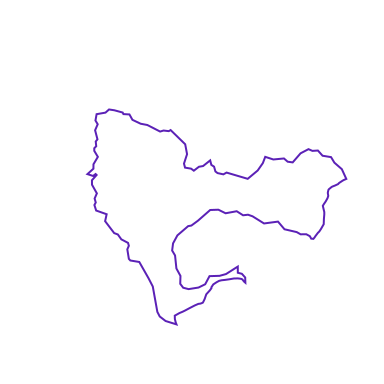 Resen, Resen, North Macedonia, rotated 310°
{"feature_id": "65306769B70601166108403", "entity_name": "Resen", "entity_type": "district", "adm_level": 2, "iso_a3": "MKD", "parent_name": "North Macedonia", "parent_adm1": "Resen", "projection": "natural_earth1", "projection_center": [21.03, 41.035], "detail": "fine", "context": "isolated", "style": "outline", "palette": "violet", "viewbox_px": 384, "rotation_deg": 310, "n_neighbors": 0, "source": "geoboundaries", "source_scale": "gbopen_adm2", "svg_char_len": 2342}
<svg xmlns="http://www.w3.org/2000/svg" viewBox="0 0 384 384"><g transform="rotate(310 192 192)"><path d="M80.6,265.2L81.6,263.4L83.7,260.5L86.2,258.3L88.8,259.3L91.2,260.2L94.3,261.8L96.8,262.9L101.3,264.7L107.0,267.1L110.4,268.8L111.8,270.1L112.6,270.6L114.1,271.4L114.9,271.3L118.1,270.5L122.8,268.7L125.6,268.8L128.2,268.9L130.8,268.7L131.5,268.1L134.9,267.7L138.6,268.8L141.4,269.9L143.4,271.4L145.9,273.8L148.9,276.5L152.8,279.8L155.3,282.7L156.3,284.2L157.2,285.8L157.4,286.9L157.1,288.1L156.8,289.8L156.8,291.2L160.7,287.7L161.4,282.8L159.6,279.0L164.3,275.0L151.0,270.8L145.5,267.0L138.8,259.5L129.8,261.4L123.0,258.4L115.4,251.8L113.0,246.8L114.1,242.0L120.3,237.1L123.4,229.2L132.5,219.8L134.4,214.4L140.5,210.5L149.4,208.7L163.4,211.0L165.9,213.1L173.8,215.0L189.9,217.5L195.4,223.6L197.3,231.4L206.0,238.6L207.0,246.1L210.6,249.5L212.3,254.0L214.2,267.4L224.6,276.9L222.9,286.8L228.6,298.0L229.4,302.4L233.1,306.7L233.9,310.7L232.9,313.3L234.1,315.1L236.0,315.1L237.5,314.9L241.7,314.7L243.5,314.9L246.4,314.6L252.0,313.6L256.1,310.4L259.8,307.8L261.7,306.2L263.4,303.9L265.5,301.1L267.4,300.8L270.6,300.5L274.3,299.8L276.6,298.9L278.6,296.6L280.0,295.8L281.5,295.1L282.3,295.1L283.8,295.4L285.5,295.7L286.3,296.0L288.9,297.4L291.9,298.8L293.5,298.9L297.2,300.0L298.6,300.5L301.2,301.8L305.8,292.1L306.0,282.2L308.1,276.1L303.7,268.7L304.7,261.8L300.9,257.8L299.7,253.7L291.4,250.3L279.4,250.1L276.7,245.8L276.8,240.9L269.2,233.4L266.0,225.5L259.7,227.7L250.7,228.5L237.9,226.2L229.1,206.0L225.7,204.7L222.9,199.4L222.8,196.7L225.6,192.6L225.2,189.4L227.9,185.6L219.0,183.8L215.8,181.1L209.5,179.7L209.3,176.3L206.2,171.0L208.6,167.6L217.8,163.9L224.2,156.1L225.7,135.8L223.7,135.1L220.8,130.7L217.8,128.7L214.6,114.7L211.3,108.8L209.0,100.0L211.2,94.2L207.6,89.4L208.3,87.8L204.7,80.0L201.9,75.4L197.2,74.7L190.3,68.9L184.7,72.1L183.3,76.2L177.0,78.1L171.6,85.7L168.8,85.8L165.5,89.2L162.7,89.0L160.7,90.7L158.4,97.3L149.9,98.7L146.5,101.5L138.5,100.4L140.7,105.9L143.8,106.6L143.7,108.0L136.7,107.8L133.3,110.7L129.8,120.0L124.4,121.6L122.1,125.0L119.3,125.6L116.2,130.5L120.1,140.9L113.8,144.2L110.5,158.8L111.8,162.5L110.3,168.3L111.9,175.7L110.2,178.2L106.5,179.3L100.2,186.6L99.9,188.8L104.5,196.6L98.0,214.1L94.4,222.7L77.9,242.5L75.9,247.3L76.2,254.7L80.6,265.2Z" fill="none" stroke="#5b21b6" stroke-width="2"/></g></svg>